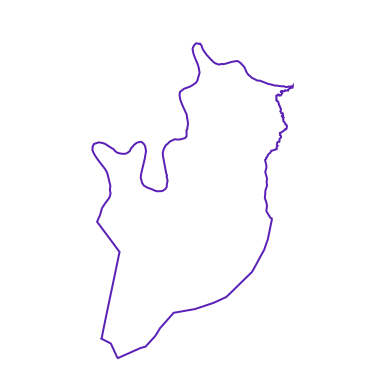 Wuli West, Upper River, Gambia, rotated 166°
{"feature_id": "56634734B48610519572764", "entity_name": "Wuli West", "entity_type": "district", "adm_level": 2, "iso_a3": "GMB", "parent_name": "Gambia", "parent_adm1": "Upper River", "projection": "orthographic", "projection_center": [-14.204, 13.433], "detail": "fine", "context": "isolated", "style": "outline", "palette": "violet", "viewbox_px": 384, "rotation_deg": 166, "n_neighbors": 0, "source": "geoboundaries", "source_scale": "gbopen_adm2", "svg_char_len": 4310}
<svg xmlns="http://www.w3.org/2000/svg" viewBox="0 0 384 384"><g transform="rotate(166 192 192)"><path d="M68.6,270.3L68.5,270.6L68.9,270.3L69.6,270.2L71.8,270.8L75.2,271.0L77.8,272.6L78.7,272.6L83.4,274.4L84.7,275.1L85.6,275.1L90.1,277.6L92.3,278.7L94.2,280.1L99.2,283.6L101.6,284.3L103.0,285.5L103.4,285.9L104.5,286.8L106.5,288.6L107.6,290.4L108.7,291.7L109.8,294.0L110.3,296.2L110.9,300.3L112.0,302.5L113.1,304.1L113.1,304.8L113.8,305.6L114.7,306.5L115.1,307.2L116.2,308.1L120.3,308.6L123.4,308.6L127.3,308.4L130.5,308.4L131.2,308.8L132.5,309.1L133.8,309.1L134.9,309.1L136.1,309.8L138.1,311.1L139.4,312.5L140.0,313.4L142.0,316.7L144.7,321.7L146.5,326.4L147.1,328.4L147.3,330.4L147.3,332.0L148.4,334.0L148.9,333.8L151.8,335.3L154.0,334.2L156.0,332.2L156.9,330.4L157.1,325.5L156.3,318.8L155.6,315.2L155.4,310.9L155.8,305.9L156.9,303.9L158.0,302.1L159.6,299.2L161.4,297.2L165.4,295.6L168.7,294.7L174.9,294.1L177.2,293.0L179.4,292.1L180.7,289.0L181.0,283.6L180.3,278.4L179.7,275.1L178.4,268.3L178.8,265.2L179.1,260.9L179.7,258.0L180.9,255.8L181.1,255.0L181.3,254.2L182.4,253.3L182.9,250.9L183.8,247.5L183.8,247.4L185.4,246.1L187.0,245.9L188.3,245.9L191.0,245.9L193.9,246.5L196.1,247.4L196.8,247.2L198.8,246.8L200.4,246.6L202.4,245.7L203.7,244.8L204.8,244.3L206.6,243.4L207.3,242.3L208.8,240.8L210.4,238.1L211.1,236.3L211.5,233.2L212.5,216.6L212.3,213.9L212.9,213.0L212.9,211.2L212.9,209.0L214.5,205.6L215.4,202.9L216.7,201.7L217.0,201.4L219.9,200.3L221.9,200.3L224.1,200.8L225.0,200.9L227.4,202.1L230.8,204.8L232.3,205.7L234.5,207.3L236.3,209.0L237.2,209.9L238.1,212.6L238.3,214.9L238.3,218.2L237.6,220.3L236.3,223.2L229.6,236.1L228.4,239.0L226.9,242.2L226.6,244.0L226.4,248.0L227.1,250.2L228.8,252.7L229.9,253.2L233.1,253.2L234.2,252.9L236.6,251.8L239.5,249.8L241.1,248.7L242.2,246.9L245.1,245.6L247.6,245.2L250.9,246.1L253.6,247.4L255.6,248.8L257.1,251.0L258.0,253.0L259.1,253.7L259.8,254.6L262.0,256.8L264.4,259.5L267.1,261.3L270.4,262.7L273.5,262.5L275.5,262.3L277.3,260.3L278.5,256.7L278.0,253.5L276.9,249.7L274.9,244.6L271.0,235.8L269.9,232.5L269.6,228.9L269.7,222.6L269.7,217.7L270.5,215.8L270.7,215.1L271.2,213.9L271.3,210.5L272.6,207.8L274.8,205.4L279.5,201.6L283.5,197.8L285.3,194.4L287.3,191.1L289.6,188.4L291.3,186.0L281.7,163.2L279.0,156.7L276.9,151.5L276.8,151.4L283.4,137.7L284.2,136.0L284.9,134.6L285.6,133.1L288.5,127.1L300.1,103.2L312.1,78.3L314.6,72.8L315.5,71.7L307.5,64.7L307.3,64.1L304.4,48.8L304.8,48.7L304.7,48.7L280.1,53.0L274.5,53.2L262.7,61.0L259.8,63.7L259.8,63.8L255.6,67.9L254.5,68.6L246.2,74.3L239.1,79.2L237.3,79.1L217.4,77.7L198.0,79.2L197.5,79.3L192.7,80.2L191.6,80.4L188.5,81.0L184.7,81.7L184.0,81.9L181.9,83.1L178.6,85.0L153.2,99.9L150.7,102.4L140.3,113.8L138.8,115.4L137.3,117.0L136.0,118.4L132.9,123.2L129.8,127.9L122.5,143.2L121.4,145.3L121.0,147.1L122.1,147.8L124.3,154.8L124.3,156.2L123.3,158.5L122.5,160.9L122.4,164.1L122.8,168.5L121.2,173.1L120.5,175.5L117.6,180.1L117.2,183.7L116.0,186.4L116.0,189.4L116.0,190.0L116.1,193.4L115.9,194.1L114.3,196.8L113.6,198.7L113.4,200.0L113.4,205.4L111.8,206.4L111.8,207.2L109.7,208.8L109.7,209.1L109.3,209.8L108.2,210.4L106.6,211.1L106.3,211.5L105.8,212.0L105.0,212.9L103.8,212.7L103.1,212.9L101.3,212.9L100.9,213.2L99.5,213.0L99.1,214.1L99.1,215.0L98.1,215.9L97.7,216.1L98.2,216.8L98.1,217.7L97.3,219.4L96.5,219.9L95.6,219.7L95.2,219.6L94.7,220.5L94.5,221.3L94.4,221.7L94.2,222.4L92.3,223.5L92.2,225.1L92.8,225.7L92.8,226.4L92.4,226.9L92.4,228.0L91.7,228.0L90.5,228.5L89.2,228.8L88.7,228.9L87.8,229.6L86.7,229.9L86.2,230.5L85.5,230.1L85.4,230.2L85.1,230.6L84.7,231.0L84.4,231.7L84.0,232.6L84.0,233.0L84.0,233.9L84.9,234.6L84.7,235.7L85.4,236.7L85.4,237.6L86.2,238.5L86.1,239.4L85.8,240.0L86.0,241.4L85.1,242.1L85.6,242.5L86.5,243.7L86.3,244.3L85.2,244.1L84.9,245.7L84.9,246.4L85.4,246.6L86.3,247.0L86.3,247.5L86.3,248.0L86.8,248.8L86.1,249.6L85.9,250.4L85.6,250.9L85.8,252.2L86.1,252.9L86.1,254.7L86.6,255.2L86.4,256.3L86.6,259.1L87.9,260.0L87.9,261.1L87.5,261.3L87.5,262.0L87.5,262.4L87.0,264.5L87.0,264.9L86.6,265.2L86.2,265.2L85.7,264.9L85.4,265.1L84.6,265.8L83.9,265.2L83.6,264.3L82.3,264.3L81.6,265.0L80.5,266.1L80.7,266.7L81.6,267.4L81.6,267.9L81.1,268.3L80.2,268.3L78.6,267.5L77.7,267.5L77.3,268.1L76.1,267.7L74.3,267.2L74.1,267.9L71.9,269.0L69.2,269.0L68.6,270.3Z" fill="none" stroke="#5b21b6" stroke-width="2"/></g></svg>